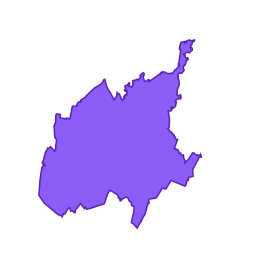 Rušonas pag., Riebinu, Latvia (Robinson projection), rotated 281°
{"feature_id": "27541924B29879991166878", "entity_name": "Rušonas pag.", "entity_type": "district", "adm_level": 2, "iso_a3": "LVA", "parent_name": "Latvia", "parent_adm1": "Riebinu", "projection": "robinson", "projection_center": [26.972, 56.22], "detail": "fine", "context": "isolated", "style": "filled", "palette": "violet", "viewbox_px": 256, "rotation_deg": 281, "n_neighbors": 0, "source": "geoboundaries", "source_scale": "gbopen_adm2", "svg_char_len": 5886}
<svg xmlns="http://www.w3.org/2000/svg" viewBox="0 0 256 256"><g transform="rotate(281 128 128)"><path d="M223.5,166.9L222.3,163.8L220.7,163.6L220.1,163.4L217.1,163.2L214.9,163.5L214.7,164.1L215.5,164.4L214.3,165.0L201.3,165.5L201.2,165.2L200.8,165.1L200.5,165.2L200.5,165.9L199.1,165.5L198.4,165.7L198.5,166.1L199.0,166.5L198.9,166.6L198.1,166.3L195.9,164.6L195.1,164.3L193.8,162.7L193.3,162.7L192.0,162.3L190.2,161.0L190.0,160.5L190.0,159.6L189.6,159.0L189.4,158.1L189.0,157.8L189.3,154.4L189.9,154.1L189.9,153.7L189.6,153.5L189.9,153.1L189.6,150.8L188.6,150.8L189.0,150.3L188.7,149.8L188.1,149.7L187.9,149.2L187.3,149.0L186.8,149.2L186.9,148.9L186.8,148.7L178.3,140.5L177.7,139.8L178.3,139.8L178.2,140.0L178.4,140.0L179.4,139.5L179.4,139.2L178.7,137.9L177.2,136.7L176.9,136.1L176.9,135.7L178.2,134.5L179.0,134.3L180.5,133.3L182.3,133.5L182.6,133.1L182.9,133.4L184.4,133.6L185.1,132.6L184.7,131.7L182.9,130.6L181.9,129.7L181.2,130.2L179.4,130.5L178.1,129.2L177.7,129.0L177.3,129.1L176.7,128.7L177.5,128.1L177.4,127.5L177.1,126.7L176.0,126.1L176.0,124.7L175.7,124.3L175.7,124.0L175.3,123.6L172.9,124.2L172.4,124.5L170.9,124.6L170.0,124.0L169.3,124.0L168.5,123.6L169.0,123.1L169.1,122.4L169.5,121.9L168.7,120.0L169.0,120.3L170.3,120.4L171.1,121.0L171.8,121.2L172.6,120.8L172.2,120.1L171.3,119.9L170.0,119.1L169.2,117.7L168.7,117.4L168.7,117.1L167.5,117.3L167.0,118.3L166.5,118.4L166.0,118.1L165.1,118.0L165.2,117.6L164.7,117.3L164.0,117.4L163.6,118.4L164.2,119.3L164.3,120.3L163.8,120.3L162.7,119.9L160.2,120.7L160.1,120.2L160.6,119.9L160.6,119.6L159.5,118.5L157.8,117.9L156.7,118.6L157.2,118.9L156.4,119.0L155.6,117.9L154.0,117.1L155.2,116.5L155.6,115.5L156.8,115.2L157.7,114.3L159.8,113.2L160.0,112.7L159.7,112.0L160.8,110.6L157.2,110.7L153.0,109.0L160.0,103.3L159.9,103.2L162.0,101.3L165.4,98.7L171.4,96.0L170.5,94.9L168.4,94.5L165.7,92.9L160.8,87.4L154.7,83.0L153.8,82.6L152.6,81.4L150.0,80.2L148.1,78.2L147.1,76.8L146.0,76.3L145.6,76.8L145.0,77.0L144.4,76.8L144.5,75.4L144.1,74.5L141.6,73.4L141.0,73.3L140.3,73.8L139.7,73.3L139.3,72.7L139.2,71.0L138.7,69.3L125.9,69.2L126.0,65.6L125.0,65.6L125.1,59.1L128.4,59.2L128.4,55.7L127.3,55.0L127.1,54.7L119.8,55.9L116.2,55.0L104.8,57.9L102.7,60.2L98.5,60.4L97.5,60.2L93.7,61.1L93.4,60.7L91.4,60.4L92.0,60.0L91.7,59.2L91.9,58.9L93.5,57.9L93.5,56.9L94.9,55.7L93.0,53.9L92.8,53.6L92.9,52.8L91.7,52.9L88.7,51.6L79.6,51.1L77.7,50.4L77.4,51.0L76.2,51.5L76.2,51.8L76.7,52.2L76.7,52.5L76.5,53.1L75.8,53.5L75.2,53.4L75.7,52.9L74.7,51.8L74.0,51.5L72.9,51.4L72.8,51.0L60.4,51.5L44.9,53.4L38.3,60.1L35.0,66.2L30.6,73.9L30.2,75.0L29.8,75.5L29.1,78.3L29.1,79.8L28.3,80.3L31.6,81.1L31.5,82.4L37.8,84.7L38.0,85.6L38.6,86.1L38.4,86.7L36.7,86.9L35.4,87.6L36.0,88.5L36.0,89.2L34.7,91.5L35.0,92.4L36.8,91.8L44.7,95.8L40.7,100.5L42.2,101.0L40.3,102.8L43.0,108.4L43.8,109.2L43.9,110.1L45.9,113.1L46.5,114.6L48.3,118.1L49.2,119.2L59.7,120.6L63.5,122.2L61.0,128.8L61.1,129.3L60.3,130.6L59.4,130.8L58.9,131.4L57.3,132.1L57.0,133.0L57.4,133.2L56.9,133.6L56.8,134.3L56.2,134.0L56.1,133.7L55.3,134.0L55.4,134.5L55.1,134.8L57.5,136.3L60.0,139.5L58.9,141.8L57.4,142.4L56.4,143.7L56.1,143.7L56.1,144.7L55.3,145.4L52.7,146.3L52.4,146.9L52.3,148.1L52.0,148.7L51.7,148.9L47.9,149.7L35.9,149.3L34.6,152.1L31.5,156.0L33.5,156.8L36.5,157.5L38.4,158.8L38.7,158.9L39.4,158.6L40.0,158.7L40.3,159.2L43.5,159.8L45.7,160.9L47.6,161.3L49.0,161.2L50.5,161.7L51.0,161.4L53.1,161.6L53.8,161.5L57.0,162.1L58.5,161.8L58.9,162.2L58.0,162.4L57.9,162.6L58.1,162.9L59.3,162.9L60.3,162.1L61.5,162.3L62.5,162.9L64.4,168.6L66.2,169.7L75.4,173.1L75.4,176.9L84.8,180.2L81.8,195.1L82.6,195.6L83.7,195.6L84.7,196.0L86.0,196.0L86.3,195.6L86.8,195.5L87.2,195.9L88.3,196.4L88.4,196.7L88.2,197.2L88.7,197.3L91.0,196.9L92.4,199.7L92.9,201.1L99.4,199.4L112.4,203.4L113.1,203.8L113.5,204.5L113.2,205.1L113.5,205.6L116.0,204.3L115.2,204.1L115.3,203.8L114.6,201.7L114.2,201.7L114.7,201.0L114.6,200.0L115.1,198.4L115.9,198.1L115.9,196.0L114.5,195.8L112.9,194.9L109.0,193.5L104.8,190.4L106.6,190.2L107.6,189.4L108.3,189.2L108.7,188.5L109.6,188.4L112.1,187.4L111.5,186.1L111.6,185.6L113.0,184.3L113.3,184.4L112.9,183.1L114.2,182.6L116.2,181.1L115.9,180.4L116.0,179.6L116.8,178.8L116.2,178.3L116.6,177.3L126.0,178.9L126.2,178.7L126.0,178.2L126.9,176.1L128.1,176.0L128.7,175.1L129.8,174.7L130.5,173.3L131.5,172.2L131.3,172.0L132.3,171.5L132.2,170.4L133.6,168.7L134.5,168.5L134.8,167.2L136.9,168.3L138.2,167.9L140.5,167.8L145.6,166.8L149.6,165.2L150.2,165.2L151.6,164.3L152.4,164.1L152.7,165.9L153.3,167.3L153.6,167.5L155.2,167.4L156.0,166.6L156.9,166.8L157.1,167.3L156.8,167.8L156.1,168.1L156.0,168.5L156.8,169.3L158.9,170.6L160.4,170.4L161.4,170.4L161.7,170.6L162.5,170.5L163.7,169.4L164.2,169.4L165.8,171.1L166.3,172.3L166.6,172.6L167.4,172.6L166.8,173.6L166.7,174.2L167.5,174.3L169.3,173.9L170.4,173.4L170.5,172.7L169.5,171.8L169.3,170.8L169.6,170.0L170.1,169.7L172.0,169.6L173.7,169.0L177.0,169.4L178.3,169.9L181.2,169.8L185.0,168.7L185.5,168.3L185.7,167.8L188.2,167.4L188.1,166.8L188.3,166.7L189.1,167.1L190.1,166.9L191.0,167.3L191.6,168.0L192.0,169.2L192.0,170.4L194.6,171.8L195.8,172.0L196.5,171.6L197.2,170.8L199.4,170.5L199.6,170.8L199.6,171.2L200.5,171.7L201.0,172.2L203.0,172.5L205.7,172.5L205.8,173.2L206.0,173.5L206.3,173.4L206.4,173.7L207.6,173.8L208.2,173.3L208.3,172.9L207.7,172.3L207.3,172.4L207.3,172.0L208.7,170.5L209.6,170.5L210.1,170.2L210.5,169.4L210.6,168.3L210.9,168.2L211.4,169.8L212.6,170.1L213.2,170.6L213.6,172.5L213.7,173.7L213.5,174.1L215.3,174.9L215.6,175.5L216.3,175.8L216.6,176.3L217.7,176.2L217.9,175.8L218.9,175.4L219.0,174.7L218.6,174.1L220.1,173.7L221.2,173.8L221.2,174.0L221.2,174.4L221.8,174.8L224.7,174.9L225.2,175.3L225.2,175.7L225.9,176.5L227.7,176.8L226.9,176.3L225.7,173.1L226.1,171.8L226.1,171.2L225.1,170.0L224.7,169.0L223.4,168.8L223.9,168.3L223.2,167.8L222.5,167.5L222.9,167.2L223.0,166.9L223.5,166.9Z" fill="#8b5cf6" stroke="#5b21b6" stroke-width="1.5"/></g></svg>